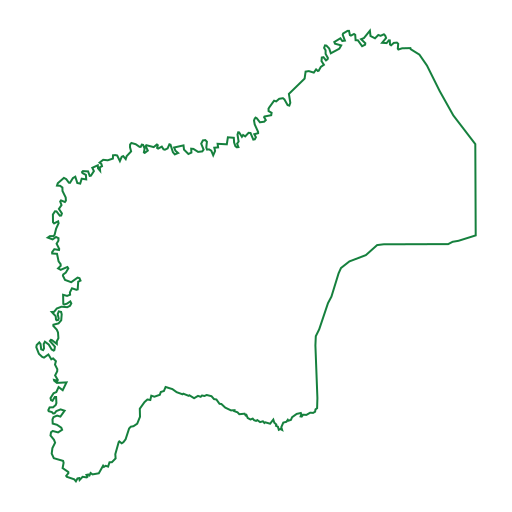 outline of Srei Snam, Siemréab, Cambodia
{"feature_id": "14789045B20836207890742", "entity_name": "Srei Snam", "entity_type": "district", "adm_level": 2, "iso_a3": "KHM", "parent_name": "Cambodia", "parent_adm1": "Siemréab", "projection": "natural_earth1", "projection_center": [103.506, 13.832], "detail": "fine", "context": "isolated", "style": "outline", "palette": "green", "viewbox_px": 512, "rotation_deg": 0, "n_neighbors": 0, "source": "geoboundaries", "source_scale": "gbopen_adm2", "svg_char_len": 5847}
<svg xmlns="http://www.w3.org/2000/svg" viewBox="0 0 512 512"><path d="M75.9,481.3L77.5,478.4L79.2,478.1L79.6,480.0L82.6,476.8L86.7,477.4L87.5,476.7L86.5,474.9L88.3,474.5L89.5,475.4L90.6,473.0L92.5,474.4L98.8,473.3L103.1,465.7L103.9,466.9L105.7,465.8L108.1,466.6L109.5,462.3L111.9,462.2L115.6,458.4L115.3,454.2L118.7,442.1L119.3,441.4L121.7,443.3L123.4,442.2L125.6,439.3L129.1,428.5L130.8,426.7L133.5,426.2L137.2,423.7L140.0,416.8L139.8,408.7L144.5,402.1L147.4,399.5L150.3,400.0L151.3,395.7L154.4,396.7L159.8,394.8L160.8,392.0L163.9,391.0L165.6,387.0L172.4,389.1L176.7,392.2L182.5,394.3L183.3,393.7L188.6,395.8L189.4,395.3L194.1,398.2L198.0,395.9L200.7,396.8L202.0,395.5L204.4,396.0L206.7,395.0L211.5,396.2L214.0,399.1L216.4,399.5L219.5,403.8L221.4,404.0L225.2,407.6L231.0,410.4L234.4,410.2L234.2,411.1L237.5,412.3L239.3,414.2L244.6,413.7L245.6,415.4L246.4,414.9L247.7,418.0L250.5,419.5L252.7,418.6L254.1,420.2L256.1,420.9L257.3,420.1L260.1,422.1L262.9,421.3L264.4,423.0L265.2,422.3L270.1,423.7L273.3,419.6L274.3,422.7L276.3,424.5L276.0,425.8L277.9,426.7L278.8,429.8L280.4,429.0L282.1,429.9L281.3,427.2L283.3,422.6L286.4,421.8L287.8,419.8L288.4,420.7L290.9,419.9L292.1,417.2L296.7,413.9L300.8,413.0L301.3,414.5L300.6,416.4L301.7,416.6L303.1,414.7L306.4,414.9L310.2,412.7L313.1,412.9L315.1,411.7L315.5,409.4L317.1,408.2L317.4,398.1L315.4,345.4L315.8,336.2L319.2,329.3L328.0,303.1L331.4,296.7L338.6,273.3L341.0,268.0L349.4,261.4L365.9,255.1L377.1,245.1L383.5,244.3L448.2,244.1L452.6,241.8L458.5,240.8L475.7,235.4L475.3,144.1L453.3,115.4L439.7,91.1L427.0,65.6L419.4,54.6L410.7,49.2L410.4,48.1L402.1,48.3L398.4,49.5L397.8,48.7L398.2,43.8L396.9,42.6L393.8,42.9L391.1,45.3L390.0,44.5L389.8,40.4L388.9,40.3L386.6,43.1L382.1,42.8L386.1,38.0L385.2,35.6L383.9,34.3L380.6,35.8L378.3,35.0L375.0,38.3L370.5,36.0L369.9,30.7L363.9,38.1L361.1,39.2L365.3,43.2L365.1,44.7L362.1,46.2L357.9,40.3L355.6,40.2L355.2,34.8L354.0,34.0L350.9,35.6L349.9,35.1L349.0,30.9L347.5,30.9L343.1,33.5L342.7,34.8L344.9,40.6L342.3,41.0L340.4,38.3L334.3,42.0L335.0,43.7L341.2,45.4L339.3,48.7L330.8,53.3L329.2,48.5L326.4,45.6L325.0,45.4L324.1,47.9L325.6,50.3L325.6,53.9L327.9,58.0L327.6,59.2L326.0,60.4L323.5,57.2L321.8,57.5L321.5,61.1L323.9,64.8L320.8,66.9L318.7,70.7L317.8,71.0L316.1,69.4L313.8,72.6L308.8,71.1L305.6,71.6L304.6,78.6L288.9,93.9L290.3,102.8L289.3,105.6L287.6,105.1L284.4,99.4L282.9,98.2L279.2,98.8L276.2,101.4L274.1,100.7L269.4,107.2L268.5,108.7L268.6,111.1L271.6,112.8L271.2,115.2L264.5,116.5L264.1,117.2L265.8,120.1L264.2,121.7L259.9,122.3L256.8,118.3L255.6,117.6L254.8,118.5L254.0,120.5L254.7,124.4L258.1,131.9L258.1,133.2L254.3,134.2L255.9,137.2L254.8,139.3L253.3,139.6L250.5,133.0L248.6,132.8L245.2,136.4L243.1,135.0L241.9,136.8L239.1,132.4L238.2,132.3L237.5,134.6L238.6,141.5L237.1,143.7L238.4,147.1L236.8,147.3L235.4,146.2L234.1,142.5L233.8,137.8L227.9,137.3L226.8,144.3L217.6,143.8L218.1,147.4L214.3,147.7L215.1,150.9L213.2,155.3L211.3,150.7L209.1,149.4L207.0,149.6L206.3,147.6L206.9,141.7L205.3,140.1L202.9,140.4L201.2,143.7L203.6,149.6L202.3,151.4L198.1,151.9L193.4,148.9L191.2,148.7L191.4,152.6L188.4,154.0L184.0,149.6L183.5,145.4L174.1,147.5L175.4,150.7L178.1,153.0L174.8,154.4L172.9,152.2L170.5,144.7L169.4,144.3L167.6,148.4L164.9,149.7L163.5,149.3L161.8,146.6L158.1,148.6L157.1,147.9L157.8,145.2L156.9,144.5L153.7,147.1L146.3,145.2L145.7,146.1L147.8,150.6L144.7,152.9L143.9,152.4L144.6,148.7L143.1,144.9L141.8,144.6L140.7,146.9L139.6,146.9L135.7,144.2L131.4,143.0L130.1,144.5L130.0,147.2L131.1,151.4L126.7,156.1L125.7,159.1L123.2,156.1L121.7,156.8L119.9,161.1L117.2,155.5L115.4,155.1L113.0,155.3L112.9,158.6L107.7,160.3L103.2,159.8L99.6,162.6L101.4,164.0L102.0,166.2L99.8,167.3L100.1,170.8L98.0,168.3L97.8,165.3L92.3,167.8L93.9,171.1L90.9,175.7L89.7,175.9L88.1,171.4L82.9,171.1L82.0,172.1L82.5,173.1L85.9,174.9L86.2,179.4L81.7,178.7L80.2,183.6L77.3,183.0L75.3,176.7L72.9,178.1L70.0,182.8L68.9,182.7L66.2,179.1L63.9,177.9L57.8,183.2L57.0,185.6L60.1,185.8L62.4,187.5L62.5,191.0L65.7,197.5L65.9,200.6L64.9,202.0L61.0,200.4L60.2,201.5L61.5,205.1L58.9,208.9L61.9,213.4L61.2,215.5L59.8,215.7L56.5,211.4L55.0,211.3L52.9,214.5L53.0,222.2L54.1,223.4L58.1,221.3L58.6,223.2L56.1,228.7L54.6,234.8L53.5,236.1L49.9,236.1L47.8,237.6L52.6,239.4L56.0,237.0L58.5,238.2L58.4,240.7L56.6,243.7L59.2,248.9L59.0,250.0L54.3,249.2L52.1,252.2L52.2,253.5L57.0,253.8L58.6,261.4L60.6,264.1L60.7,265.8L58.1,268.4L60.7,269.8L67.4,267.0L68.3,268.4L65.8,272.6L63.2,274.5L62.9,275.7L65.0,279.9L71.2,282.2L77.6,277.6L79.5,278.2L80.5,280.6L78.2,281.7L77.7,289.4L76.4,289.8L72.0,288.3L69.9,292.4L70.1,294.7L67.1,295.9L63.1,294.8L63.3,303.9L64.2,304.5L66.9,303.7L70.3,301.4L71.3,303.4L70.0,305.8L67.3,307.2L61.5,306.7L56.8,308.5L54.1,311.8L51.8,312.0L55.7,316.2L56.0,319.6L56.7,320.3L58.2,319.9L58.7,318.6L57.7,314.1L58.8,311.4L61.1,311.9L61.7,314.3L61.2,320.3L58.5,323.4L53.4,324.7L53.3,325.9L56.8,329.7L58.0,332.5L58.4,338.2L56.8,341.3L56.8,343.9L51.9,340.1L50.9,339.8L49.9,341.0L54.9,346.7L54.4,350.0L53.7,350.6L51.7,349.5L48.7,344.5L44.9,341.7L43.7,344.0L44.0,348.5L43.1,350.1L41.2,349.3L40.5,343.9L39.3,342.4L36.7,345.0L36.3,347.2L38.9,353.8L42.2,356.9L44.0,357.6L48.4,354.5L51.3,359.3L53.1,358.4L55.9,361.2L55.0,364.6L57.3,369.2L57.2,371.3L55.1,375.4L57.8,380.0L57.4,380.8L54.0,379.9L54.2,380.7L56.9,382.9L66.5,382.4L62.7,390.2L58.6,387.1L56.3,392.1L53.6,393.2L50.5,398.1L51.1,400.2L52.5,400.8L54.8,397.0L56.1,397.0L56.4,403.1L55.7,405.0L53.1,407.3L49.6,407.4L48.3,410.1L48.7,411.2L51.9,412.1L53.2,413.5L54.6,413.3L56.3,411.1L60.6,409.4L64.6,410.7L60.4,416.6L57.1,415.6L53.5,417.1L52.5,419.4L52.7,423.6L57.0,424.8L61.3,427.7L62.1,429.8L58.1,432.4L52.7,431.0L51.0,432.3L50.5,435.5L54.0,439.8L55.1,442.7L52.4,448.1L51.7,453.6L53.8,458.2L63.1,460.9L63.6,462.8L62.6,468.1L68.3,472.0L68.4,473.1L66.2,475.9L66.8,476.8L74.2,479.3L75.9,481.3Z" fill="none" stroke="#15803d" stroke-width="2"/></svg>